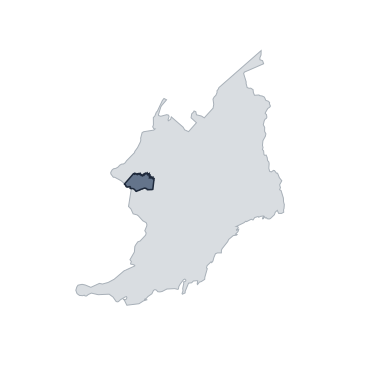 La Primavera, Vichada, Colombia (highlighted), rotated 221°
{"feature_id": "7082276B79369128068178", "entity_name": "La Primavera", "entity_type": "district", "adm_level": 2, "iso_a3": "COL", "parent_name": "Colombia", "parent_adm1": "Vichada", "projection": "equal_earth", "projection_center": [-69.552, 5.549], "detail": "fine", "context": "in_parent", "style": "filled", "palette": "slate", "viewbox_px": 384, "rotation_deg": 221, "n_neighbors": 0, "source": "geoboundaries", "source_scale": "gbopen_adm2", "svg_char_len": 7679}
<svg xmlns="http://www.w3.org/2000/svg" viewBox="0 0 384 384"><g transform="rotate(221 192 192)"><path d="M214.4,50.2L211.5,51.8L205.8,53.7L201.9,62.3L199.2,63.8L195.9,68.8L193.5,75.1L191.6,87.8L186.7,98.6L187.1,99.1L189.0,98.6L190.8,97.4L191.5,97.8L192.1,99.7L194.4,100.2L196.1,108.9L199.4,113.4L199.8,115.1L200.2,118.8L199.0,121.0L198.7,129.0L199.7,131.0L202.2,131.8L203.9,136.8L204.9,138.0L206.5,138.8L210.2,138.0L216.8,138.8L218.4,138.7L222.1,136.9L226.9,139.1L230.4,139.4L239.9,154.6L240.8,154.1L242.0,155.0L244.4,153.5L246.5,153.2L249.2,154.0L252.8,154.0L260.0,152.4L261.1,151.5L265.1,152.4L266.2,153.5L266.8,156.4L266.4,158.1L265.0,159.9L264.2,162.1L264.1,164.9L263.4,166.9L262.1,168.2L261.6,170.2L261.9,172.7L261.2,184.1L261.8,185.1L262.2,189.8L263.8,195.9L264.7,197.6L266.1,199.0L268.6,204.1L268.0,205.8L261.5,213.6L261.2,215.4L262.4,214.7L264.4,215.4L265.1,217.3L270.0,222.8L269.9,224.9L271.3,229.0L271.1,230.0L274.4,241.7L274.5,244.2L271.7,244.9L271.6,237.0L271.2,235.4L268.1,228.4L267.4,227.8L265.3,228.6L261.8,233.8L260.1,234.6L258.8,233.9L257.5,230.8L256.6,230.2L255.8,232.8L256.9,235.1L241.3,235.1L238.3,234.1L234.2,235.3L234.1,247.2L241.4,247.4L243.5,250.8L243.3,253.5L243.6,254.5L241.8,255.1L239.3,253.2L234.7,255.5L231.4,256.0L231.1,269.1L233.1,272.4L237.1,275.9L237.6,278.3L237.4,280.6L238.3,283.4L239.6,284.9L239.6,286.6L240.2,288.5L232.6,344.1L229.8,340.7L228.8,337.7L227.5,336.4L224.9,337.4L222.1,335.8L231.1,316.9L230.8,315.3L223.3,310.6L222.5,309.5L218.9,307.0L217.0,307.7L215.8,308.9L213.1,309.3L210.9,307.3L208.3,306.0L205.1,309.2L204.2,309.1L202.0,310.5L199.6,311.1L196.4,309.6L193.9,310.6L192.1,310.4L191.5,309.4L189.2,308.3L189.0,307.0L189.6,304.7L188.7,300.1L188.3,299.3L186.6,299.3L184.6,297.6L184.2,296.6L184.6,294.7L184.2,293.1L182.3,289.5L179.6,288.5L177.0,285.4L174.4,284.4L173.2,282.2L172.1,277.2L169.4,273.4L167.5,272.1L166.8,270.3L164.9,270.0L162.3,267.5L161.1,267.4L160.3,268.5L157.8,267.3L155.7,265.4L153.6,265.0L152.2,263.8L149.6,260.3L146.9,258.5L145.3,259.2L144.7,261.8L143.8,262.3L140.6,261.6L140.1,262.2L139.3,262.1L135.4,260.1L131.6,259.4L130.6,254.9L128.1,253.3L127.4,251.2L125.7,251.5L119.1,247.4L116.4,244.6L114.1,243.1L111.7,239.9L111.3,238.7L109.5,236.9L110.4,234.5L112.6,232.7L115.6,234.1L115.9,231.4L114.9,228.9L115.4,223.4L116.1,222.2L117.8,221.1L118.8,221.5L119.4,220.6L121.8,221.0L122.5,220.7L124.3,218.5L125.1,216.7L126.0,216.9L127.9,213.9L127.6,210.9L129.4,210.3L131.4,205.4L132.2,205.3L132.6,203.0L136.0,195.0L134.8,195.9L133.5,195.3L133.7,192.6L133.3,192.3L132.2,194.4L131.3,192.3L131.5,188.8L130.0,189.5L130.1,188.7L132.3,186.1L133.2,180.2L132.5,178.0L132.1,169.2L131.7,167.5L129.9,165.3L132.8,162.8L133.8,160.8L132.5,156.9L130.9,153.6L130.8,151.6L131.8,151.8L132.3,146.3L131.3,144.2L130.2,144.2L126.4,136.1L125.1,134.4L126.2,130.5L127.3,128.8L127.1,125.8L127.8,126.0L129.4,128.7L130.1,128.3L132.6,125.7L132.7,123.3L134.8,120.9L132.0,112.6L131.0,111.3L132.2,108.6L132.9,108.8L133.9,111.4L135.7,113.1L138.3,117.7L139.4,118.7L138.6,119.7L138.4,120.8L138.8,121.5L140.3,121.6L140.9,120.3L140.5,114.7L139.9,111.9L138.6,109.9L139.0,109.1L141.7,107.7L147.3,102.3L149.3,97.3L150.7,95.5L152.4,94.3L154.4,94.6L156.0,94.0L156.5,92.4L155.5,88.9L156.7,84.1L156.7,81.7L157.4,80.2L157.2,79.7L155.1,81.4L157.2,78.0L158.7,72.9L166.9,63.8L172.1,66.0L173.8,65.9L171.6,67.0L171.3,68.3L172.0,69.7L172.8,70.1L173.5,69.2L175.3,63.9L175.6,61.0L176.4,60.0L177.5,59.6L182.6,60.9L187.5,60.5L195.5,52.9L201.6,49.7L203.0,46.6L203.4,44.3L204.5,43.4L205.7,43.4L206.4,42.1L209.1,40.1L212.1,39.9L215.2,41.6L216.6,44.7L216.9,46.9L214.4,50.2ZM121.9,220.1L121.5,220.5L120.8,219.7L120.6,218.8L121.0,218.1L121.6,218.4L121.9,220.1Z" fill="#d9dde1" stroke="#a8b0b8" stroke-width="1"/><path d="M234.3,156.1L234.2,156.2L234.2,156.9L234.1,157.1L233.9,157.3L233.7,157.4L233.6,157.7L233.5,157.9L233.4,158.1L233.1,158.5L233.0,159.1L232.6,159.3L232.6,160.0L232.4,160.3L232.0,161.1L231.8,161.2L231.7,161.4L231.5,161.5L231.5,161.9L231.3,162.2L231.2,162.4L231.1,162.5L230.7,163.2L230.6,163.5L230.4,163.6L230.2,164.0L229.9,164.2L229.6,164.2L229.3,164.2L229.2,164.4L228.5,164.8L228.1,164.6L227.9,164.6L227.5,164.6L227.3,164.4L227.2,164.4L226.9,164.8L226.7,164.9L226.5,165.0L226.4,165.1L226.4,165.3L226.1,165.4L225.7,165.8L225.4,166.0L225.2,166.4L224.9,166.5L224.6,166.8L224.4,167.0L224.2,167.3L223.9,167.4L223.7,167.8L223.3,168.2L223.3,168.3L229.4,177.2L229.5,177.1L229.4,177.0L229.5,177.0L229.6,176.9L229.6,177.1L229.9,177.0L229.8,176.8L229.9,177.0L230.0,177.1L230.3,177.1L230.3,176.9L230.4,177.1L230.5,177.1L230.6,176.9L230.6,177.0L230.8,177.1L230.8,176.9L230.7,176.9L230.8,176.8L230.8,176.6L230.8,176.8L230.9,177.0L231.0,176.6L231.3,176.6L231.3,176.4L231.5,176.4L231.5,176.6L231.5,176.3L231.6,176.2L231.7,176.4L231.9,176.5L231.9,176.3L232.0,176.3L232.2,176.2L232.3,176.5L232.4,176.3L232.4,176.2L232.5,176.1L232.8,176.1L232.7,175.9L232.8,175.9L232.8,176.0L233.0,176.1L232.9,175.9L233.0,176.0L233.0,175.9L233.0,176.1L233.2,175.7L233.3,175.7L233.3,175.9L233.4,175.7L233.5,175.6L233.4,175.5L233.5,175.5L233.5,175.4L233.6,175.5L233.6,175.8L233.7,175.7L233.8,175.7L233.9,176.1L234.0,176.0L234.0,175.7L234.2,176.0L234.3,176.0L234.3,175.8L234.5,175.8L234.5,176.0L234.6,176.3L234.7,176.5L234.8,176.7L234.7,176.9L234.8,177.0L234.7,177.0L234.8,177.0L235.0,177.2L235.4,177.1L235.4,177.3L235.6,177.2L235.6,177.3L235.7,177.0L235.9,177.0L236.1,177.3L236.1,177.2L235.9,176.9L236.1,176.9L236.2,177.0L236.3,177.3L236.4,177.2L236.3,176.9L236.5,177.0L236.4,177.2L236.6,177.2L236.6,176.8L236.7,176.7L236.4,176.7L236.5,176.4L236.7,176.6L236.9,176.6L236.8,176.2L237.0,176.3L237.2,176.6L237.3,176.7L237.3,176.8L237.4,176.7L237.5,176.6L237.7,176.4L237.9,176.6L238.0,176.7L238.0,176.3L238.3,176.3L238.3,176.1L238.5,176.0L238.6,175.8L238.5,175.7L238.7,175.4L238.8,175.5L238.9,175.4L239.0,175.5L239.0,175.3L239.0,175.2L239.2,174.9L239.3,175.0L239.3,174.9L239.4,174.7L239.5,174.5L239.4,174.7L239.5,174.8L239.6,174.6L239.8,174.5L239.7,174.3L239.9,174.4L239.9,174.2L240.0,174.1L239.9,174.0L240.0,173.9L239.9,173.8L240.0,173.7L239.9,173.6L240.0,173.6L240.1,173.4L240.1,173.2L239.9,172.9L240.0,172.9L240.0,172.7L240.0,172.4L240.0,172.5L239.9,172.5L240.0,172.3L239.9,172.2L239.9,171.9L239.9,171.7L240.1,171.7L240.3,171.6L240.3,171.8L240.4,172.0L240.5,171.9L240.7,171.7L240.9,171.7L241.0,171.7L241.1,171.9L241.2,172.0L241.3,171.8L241.4,172.1L241.5,172.1L241.7,171.9L241.8,171.9L241.8,172.0L242.0,171.6L242.4,171.7L242.5,171.7L242.8,171.7L242.9,171.8L243.0,171.9L243.1,171.5L243.3,171.6L243.3,171.8L243.5,171.9L243.8,171.5L243.6,171.4L243.6,171.2L243.8,171.0L244.1,171.0L244.2,170.9L244.0,170.7L243.7,170.6L243.9,170.5L244.4,170.6L244.4,170.2L244.6,170.0L244.7,169.9L244.8,170.1L245.0,169.9L244.9,169.7L244.7,169.7L244.4,169.6L244.5,169.6L244.5,169.4L244.8,169.2L244.9,169.3L245.0,169.3L245.4,169.1L245.5,169.5L245.8,169.1L246.0,169.1L246.3,169.0L246.4,168.9L246.4,168.7L246.5,168.7L246.5,168.9L246.7,169.0L246.8,168.9L246.8,168.7L247.0,168.7L247.1,168.3L247.3,168.1L247.4,167.9L247.2,168.0L247.2,167.9L247.5,167.9L247.7,168.1L247.8,167.8L247.7,167.6L247.9,167.6L248.0,167.6L248.2,167.4L248.2,153.7L247.9,153.5L247.6,153.6L247.4,153.8L247.2,153.8L246.8,153.6L246.6,153.6L246.0,153.2L245.6,153.3L245.3,153.2L245.2,152.9L244.5,153.0L244.4,153.2L244.3,153.3L244.0,153.3L243.8,153.6L243.6,154.1L243.3,154.1L242.8,154.7L242.7,155.0L242.4,155.4L242.1,155.3L241.9,155.3L241.8,155.2L241.5,155.2L241.4,155.0L241.2,154.4L241.0,154.2L240.8,154.3L240.5,154.5L240.2,154.5L240.0,154.8L239.8,154.9L239.5,155.3L239.1,155.6L238.7,155.9L238.3,156.0L237.9,156.0L237.3,156.2L236.7,156.1L236.4,156.1L236.1,156.0L235.6,156.0L235.0,155.8L234.8,155.8L234.3,156.1Z" fill="#64748b" stroke="#1e293b" stroke-width="1.5"/></g></svg>